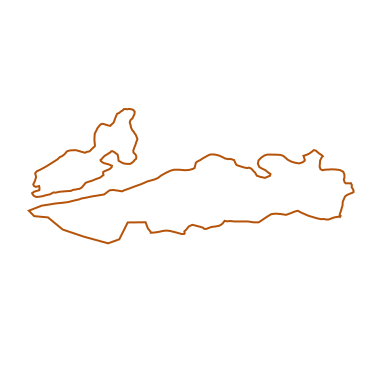 Österåker, Stockholm, Sweden (Robinson projection), rotated 194°
{"feature_id": "70781695B57297019096090", "entity_name": "Österåker", "entity_type": "district", "adm_level": 2, "iso_a3": "SWE", "parent_name": "Sweden", "parent_adm1": "Stockholm", "projection": "robinson", "projection_center": [18.439, 59.512], "detail": "fine", "context": "isolated", "style": "outline", "palette": "amber", "viewbox_px": 384, "rotation_deg": 194, "n_neighbors": 0, "source": "geoboundaries", "source_scale": "gbopen_adm2", "svg_char_len": 4415}
<svg xmlns="http://www.w3.org/2000/svg" viewBox="0 0 384 384"><g transform="rotate(194 192 192)"><path d="M222.1,142.5L218.6,143.6L214.5,145.3L210.8,147.2L207.5,148.4L203.9,148.9L196.8,148.9L191.8,148.7L189.3,149.5L189.1,150.2L189.9,151.9L188.6,153.9L186.7,157.9L183.8,160.2L180.4,160.3L172.9,160.1L171.3,159.2L169.3,159.6L166.9,161.3L164.7,162.8L161.4,164.0L157.5,165.8L155.5,167.7L154.4,169.4L153.4,171.9L151.0,172.0L147.8,173.1L143.5,173.7L135.3,175.8L130.9,176.9L124.9,177.5L120.0,178.7L117.9,180.9L114.7,184.5L112.4,187.0L109.7,189.7L105.4,191.3L100.3,192.1L95.2,192.6L90.8,195.5L87.9,197.7L84.8,199.4L80.9,198.4L77.4,197.8L73.2,197.1L64.1,196.7L60.0,196.9L57.5,197.7L55.1,197.8L52.9,198.3L50.1,200.2L48.1,201.6L45.2,202.9L42.4,204.0L42.3,203.9L42.0,204.7L43.1,205.2L43.2,206.6L42.9,210.0L42.7,215.6L43.4,218.9L42.9,221.8L42.5,224.5L41.2,226.3L38.7,228.3L36.4,229.9L35.3,230.9L35.5,232.3L36.8,234.0L38.1,235.1L38.7,237.7L40.0,239.0L40.7,238.6L42.9,238.2L44.8,237.6L46.1,238.2L47.7,240.7L47.6,243.1L48.5,246.1L50.2,248.3L54.0,249.1L58.6,248.5L62.7,247.6L64.9,246.8L68.5,245.8L70.5,244.7L72.8,245.2L74.3,247.4L74.8,250.7L75.3,253.7L74.4,257.4L73.7,258.3L74.9,259.1L77.8,260.1L80.0,261.1L81.6,262.1L84.0,262.1L85.4,260.1L86.5,258.8L88.3,256.9L91.6,254.6L92.6,254.1L91.9,253.0L91.0,251.5L90.3,250.5L90.2,249.7L91.9,247.6L94.0,246.2L95.3,245.6L99.7,245.3L103.5,245.6L106.7,246.4L109.9,248.0L112.1,249.1L115.1,249.4L119.2,248.6L123.1,247.7L125.1,247.2L127.8,246.6L129.1,245.9L130.5,245.0L133.3,241.9L135.1,238.7L134.9,235.3L132.8,232.6L130.4,231.8L126.3,231.0L122.9,229.4L120.2,228.5L120.2,226.7L123.4,224.3L124.5,223.4L129.1,223.2L133.0,223.5L135.4,226.0L136.6,226.7L138.3,227.8L140.2,229.1L142.8,229.4L144.1,228.6L146.8,228.4L152.8,228.7L155.4,229.0L157.3,231.1L158.9,233.2L162.7,233.4L164.6,232.7L167.9,232.5L171.1,233.3L174.6,233.9L178.3,233.9L181.8,233.3L183.9,232.5L186.1,230.6L190.1,226.8L191.8,224.9L194.6,222.5L195.4,221.1L195.3,219.1L195.3,215.9L196.8,214.6L200.1,212.7L204.2,211.4L209.3,210.6L215.0,209.2L218.1,207.4L221.6,204.6L225.8,200.7L228.6,197.2L231.3,195.2L233.7,193.8L237.6,191.6L243.1,187.4L250.0,182.8L254.0,180.0L258.0,177.4L260.1,175.7L264.0,175.4L269.0,174.9L272.4,173.7L274.8,170.7L276.6,168.4L279.6,167.1L282.8,165.7L288.5,163.3L292.9,161.1L297.6,159.0L299.9,157.4L303.9,155.4L309.9,152.2L315.6,150.0L321.8,147.8L328.0,145.1L334.5,142.4L345.8,134.4L339.3,130.4L325.6,132.5L308.4,124.3L286.3,122.5L261.0,121.9L251.1,128.5L247.0,146.9L229.7,151.4L226.0,146.0L222.2,143.1L222.1,142.5ZM340.9,158.9L340.6,156.8L343.2,155.3L345.0,154.3L346.9,152.2L345.7,150.9L344.5,150.0L342.0,149.5L339.1,150.4L336.2,151.7L331.9,154.1L329.2,155.4L326.3,158.1L324.1,158.4L320.8,160.1L315.0,162.1L309.7,163.8L308.1,165.2L305.4,166.3L303.5,167.2L301.9,167.9L300.1,169.6L297.3,175.3L293.9,177.5L291.7,178.8L287.9,181.6L284.9,183.5L283.8,184.8L282.0,187.1L282.7,188.4L283.0,190.0L281.4,191.4L278.4,193.6L277.2,194.6L276.0,196.6L276.0,198.1L280.0,198.7L284.2,198.7L285.9,199.1L287.8,199.9L288.5,200.9L287.8,201.8L287.4,202.5L286.9,203.6L286.0,205.2L284.8,206.7L283.2,208.2L281.8,209.8L280.8,210.6L280.4,211.7L279.5,212.4L277.3,212.0L274.8,210.9L273.3,210.4L272.5,208.8L271.9,207.6L271.4,206.1L270.8,204.6L269.0,204.0L267.0,203.5L265.0,203.2L262.3,203.5L259.0,204.2L257.5,205.6L256.3,207.1L255.4,209.3L254.4,210.4L254.3,211.4L254.6,212.9L255.8,214.6L256.9,215.3L258.3,216.1L259.0,218.0L258.7,221.3L258.3,224.1L258.1,227.2L257.7,229.9L258.6,231.5L259.8,233.0L260.5,234.0L261.9,235.0L262.8,236.1L264.2,237.1L265.2,237.8L266.4,239.4L266.9,240.1L267.4,241.3L268.0,242.4L269.2,244.4L269.2,246.6L268.4,247.9L267.6,249.0L267.2,251.3L266.7,253.2L266.8,254.5L267.1,256.2L269.0,257.5L271.3,257.6L273.6,257.3L274.7,256.6L276.8,256.4L278.2,255.9L279.0,254.4L280.4,253.0L281.9,251.0L283.6,249.8L284.0,247.4L284.5,243.7L284.7,241.3L285.0,240.1L286.6,237.8L287.3,236.4L289.6,236.3L292.5,236.5L294.9,236.6L296.6,235.9L297.6,234.5L299.2,231.0L299.6,228.8L300.5,225.2L299.5,219.7L298.7,217.2L297.5,213.9L297.4,212.8L299.3,210.0L301.1,206.9L301.9,206.3L303.8,205.5L305.3,204.2L309.0,204.3L311.5,204.4L314.7,204.5L316.9,203.9L319.3,203.2L321.1,202.5L323.1,201.3L324.7,198.0L326.4,195.7L328.8,193.8L330.3,191.3L333.2,188.2L336.0,185.3L337.9,183.3L340.3,180.9L344.9,176.7L347.5,174.7L348.7,172.2L346.9,168.9L347.1,164.6L347.9,161.0L346.8,159.6L344.7,159.2L341.8,160.8L340.9,158.9Z" fill="none" stroke="#b45309" stroke-width="2"/></g></svg>